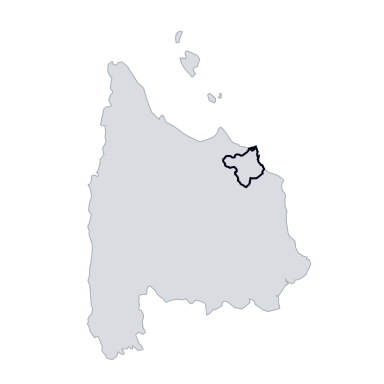 Murcia highlighted on a map of Spain, rotated 266°
{"feature_id": "ESP-5836", "entity_name": "Murcia", "entity_type": "Autonomous Community", "adm_level": 1, "iso_a3": "ESP", "parent_name": "Spain", "parent_adm1": "", "projection": "robinson", "projection_center": [-1.387, 38.068], "detail": "fine", "context": "in_parent", "style": "outline", "palette": "ink", "viewbox_px": 384, "rotation_deg": 266, "n_neighbors": 0, "source": "natural_earth", "source_scale": "10m", "svg_char_len": 6897}
<svg xmlns="http://www.w3.org/2000/svg" viewBox="0 0 384 384"><g transform="rotate(266 192 192)"><path d="M206.6,88.9L206.7,90.0L208.5,91.9L214.2,93.0L215.7,93.8L215.4,96.5L214.0,98.8L215.2,99.8L216.6,99.7L218.3,97.9L218.6,99.1L221.2,100.2L227.0,102.3L231.0,102.6L235.2,106.7L242.0,105.9L248.1,109.9L253.9,109.0L255.2,109.8L264.1,109.9L264.5,106.7L265.6,105.4L281.1,109.9L283.0,112.6L282.7,114.0L283.5,117.3L285.5,117.1L289.6,115.3L294.9,117.6L296.3,119.6L297.4,119.7L301.4,117.7L312.1,120.1L312.5,118.6L313.3,118.1L317.7,116.7L319.6,116.4L325.4,117.4L326.1,119.3L327.2,120.0L327.7,121.6L324.4,122.6L324.1,125.3L326.2,127.6L326.5,131.7L320.8,136.8L304.5,145.6L299.1,150.9L286.8,153.5L274.1,157.4L266.6,164.4L268.5,165.0L270.8,167.4L270.1,168.4L266.8,170.0L263.8,170.5L258.3,179.1L250.6,188.1L247.8,192.1L241.8,202.6L241.8,205.6L244.8,216.1L246.5,218.8L248.9,221.1L253.5,223.1L254.7,225.0L253.1,226.8L248.5,230.1L240.6,234.5L237.2,238.0L236.5,241.4L234.2,242.9L233.3,247.6L230.1,254.1L229.9,255.9L232.4,258.2L230.0,259.7L217.7,260.3L210.1,265.4L206.2,270.0L202.8,278.4L198.6,283.4L196.7,284.3L193.8,282.1L190.2,281.8L186.7,282.5L184.9,284.2L182.0,285.2L179.3,284.4L173.2,283.9L170.5,284.0L166.3,285.4L162.7,284.5L156.7,284.0L143.5,285.1L141.8,285.6L135.9,291.3L129.5,291.5L123.7,293.8L119.8,299.3L119.0,302.3L117.8,301.6L116.9,301.8L116.4,304.1L112.4,305.5L108.0,303.7L104.3,300.9L102.3,300.7L99.2,296.4L97.9,293.7L97.0,290.8L97.0,288.7L94.2,287.5L93.6,284.8L95.7,281.3L98.4,279.4L95.9,279.5L94.0,281.8L91.7,278.2L82.3,271.1L82.9,268.6L81.2,270.5L80.1,271.0L75.2,270.7L69.6,271.5L67.5,259.6L69.0,255.4L75.5,247.2L79.5,246.0L81.1,241.8L77.5,242.0L72.0,233.9L73.6,226.3L79.4,220.7L80.5,218.3L80.7,216.3L79.6,214.8L76.5,213.9L73.4,208.0L72.8,204.2L70.2,202.1L68.1,198.4L70.1,197.9L78.2,197.8L80.2,196.9L81.7,194.4L83.3,190.3L83.7,187.8L80.7,184.3L80.6,183.6L81.0,182.4L86.0,178.4L85.1,175.5L86.1,169.4L85.7,165.8L85.3,162.8L83.7,159.0L84.8,157.4L87.4,156.1L89.5,153.0L92.6,150.4L96.5,148.3L101.1,143.7L100.5,141.7L98.9,140.5L93.4,139.6L93.0,138.7L93.2,133.7L91.8,131.7L89.7,132.0L86.7,131.1L85.9,131.6L82.0,131.5L79.2,130.6L78.0,131.4L77.6,133.1L73.0,134.9L70.4,134.8L66.1,133.3L61.3,133.8L60.7,133.4L56.5,135.5L55.1,135.5L53.5,133.1L55.9,129.5L54.0,126.1L52.7,126.0L45.0,128.5L40.4,131.8L38.6,132.2L38.0,131.6L37.9,127.0L42.8,122.0L39.8,121.7L40.0,120.3L42.0,118.0L40.1,116.3L40.3,111.3L36.0,112.9L35.0,112.7L35.0,110.7L37.7,106.7L35.0,106.3L33.0,104.8L30.6,101.5L30.6,99.8L32.1,95.7L35.8,93.9L39.5,91.1L44.4,91.6L51.8,89.2L54.3,88.0L54.3,86.3L53.5,85.1L54.3,83.9L60.3,80.5L63.9,80.2L67.6,78.5L70.0,79.6L72.1,79.2L74.6,80.5L77.7,83.5L82.4,84.7L86.2,83.7L105.6,83.5L111.1,82.0L115.4,83.8L123.6,84.7L128.5,86.2L142.2,88.7L147.2,88.7L157.2,86.2L159.9,86.9L163.9,85.7L165.8,85.9L168.3,87.6L177.1,90.0L179.4,88.0L181.1,87.6L187.4,88.8L193.8,91.3L197.1,91.4L202.0,90.8L206.6,88.9ZM325.4,194.6L327.7,195.6L330.1,194.7L331.4,195.0L332.7,195.5L333.0,197.4L328.0,206.5L323.8,209.0L319.6,207.1L317.2,206.6L316.5,205.8L315.9,202.9L314.8,202.0L313.1,201.5L309.9,203.8L308.9,202.3L307.4,202.0L306.8,201.1L306.8,199.9L316.6,192.7L319.5,191.2L325.6,189.3L326.5,189.6L325.7,190.7L326.6,191.7L325.4,194.6ZM353.4,190.9L352.5,193.5L345.1,190.1L342.6,189.7L342.0,189.2L342.2,186.6L347.2,186.3L351.2,187.5L353.4,190.9ZM284.7,220.3L283.8,222.1L280.2,221.5L279.3,220.7L280.1,218.7L281.2,218.5L281.2,217.0L282.3,215.5L287.5,214.4L288.7,215.3L289.0,216.8L285.9,219.9L284.7,220.3ZM288.4,227.6L287.8,228.0L283.8,227.6L283.7,226.4L284.5,224.7L286.0,226.4L288.3,226.7L288.4,227.6Z" fill="#d9dde1" stroke="#a8b0b8" stroke-width="1"/><path d="M231.4,251.9L231.6,253.1L231.4,253.4L230.8,252.6L230.2,254.1L229.9,254.4L229.3,254.5L229.1,254.9L229.2,255.5L230.0,256.9L230.3,257.2L231.0,257.7L231.6,257.9L232.1,258.0L232.3,257.6L232.7,257.9L232.9,258.2L232.8,258.6L232.5,258.8L232.3,259.0L232.0,259.2L231.8,259.2L231.6,259.0L231.4,259.2L230.7,259.4L230.3,259.5L229.6,259.8L228.7,259.8L228.4,259.9L228.1,260.1L227.5,260.4L227.3,260.3L226.3,259.8L225.5,259.7L223.9,259.7L223.5,259.7L223.1,259.8L222.9,260.1L222.7,260.4L222.8,260.6L223.1,261.1L222.3,261.0L221.6,260.8L221.4,260.5L221.3,260.2L220.8,260.1L220.1,259.8L219.7,259.8L219.4,260.1L219.3,260.4L218.6,260.4L217.8,260.3L217.1,260.6L216.7,260.9L215.6,261.9L215.2,262.1L214.7,262.2L214.6,262.3L214.4,262.4L214.2,262.6L214.1,262.9L213.8,263.9L213.8,264.1L213.6,264.2L213.4,264.2L213.1,264.1L212.9,264.2L212.4,264.6L212.2,264.7L211.8,264.7L210.6,265.3L210.0,265.6L207.8,263.9L207.6,263.8L206.4,263.5L206.2,263.6L206.1,263.8L205.9,263.9L205.7,263.8L205.5,263.7L205.3,263.4L201.6,258.0L201.4,257.7L201.2,257.3L201.2,256.8L201.2,256.5L201.2,256.1L201.3,255.9L201.4,255.5L201.5,255.2L201.4,255.0L201.3,254.7L201.3,253.6L201.3,253.4L201.5,253.0L201.5,252.8L201.5,252.3L201.5,252.0L201.7,251.8L201.9,251.5L201.9,251.3L201.8,251.2L199.5,250.9L198.6,250.4L198.3,250.3L197.2,250.4L196.3,249.8L195.7,249.5L195.0,248.7L194.5,248.0L194.2,247.4L194.0,247.2L193.1,246.6L193.5,245.5L193.6,245.3L194.5,244.3L195.3,243.4L196.0,242.0L196.2,241.6L196.9,240.9L197.2,240.8L197.5,240.7L198.0,240.6L198.3,240.4L199.3,239.5L199.9,238.8L200.3,238.6L200.6,238.5L200.8,238.6L201.0,238.7L201.4,239.1L201.5,239.1L202.4,238.9L203.2,238.8L203.5,238.7L204.1,238.3L205.1,237.7L206.3,236.9L206.4,236.6L206.6,236.6L206.9,236.5L207.0,236.3L207.2,236.2L207.4,236.2L207.6,236.2L207.8,236.2L208.0,236.4L208.6,236.4L208.9,236.5L209.0,236.6L209.1,236.8L209.1,237.0L209.0,237.3L209.0,237.5L209.3,237.9L209.4,238.0L209.7,238.1L210.0,238.2L210.4,238.2L211.9,237.8L213.6,236.4L213.9,236.1L214.0,235.9L214.0,235.7L214.0,235.2L213.9,234.5L213.9,234.0L213.8,233.1L213.7,232.6L213.6,232.2L213.5,231.8L213.4,231.6L213.5,231.4L213.9,230.8L214.1,230.6L214.4,230.4L214.5,230.2L214.6,229.6L214.6,229.3L214.7,228.9L215.1,228.1L215.9,227.2L216.3,226.8L216.6,226.7L216.8,226.7L216.9,226.9L217.1,227.0L217.5,227.1L218.9,226.4L219.5,225.8L219.7,225.6L220.0,225.5L221.4,225.2L221.6,225.2L222.5,225.5L222.8,225.7L222.9,225.9L222.9,226.1L223.0,226.3L223.0,226.5L223.7,227.1L225.1,228.1L225.5,230.0L225.5,230.7L225.2,231.5L225.2,232.0L225.2,232.7L225.1,232.9L225.0,233.1L224.9,233.3L223.9,234.1L223.8,234.3L223.6,234.7L223.6,235.1L223.6,236.3L223.6,236.8L223.8,237.1L224.0,237.1L224.4,237.2L225.3,237.5L225.6,237.7L225.7,237.8L226.0,238.2L226.4,239.4L226.4,239.7L226.3,240.2L226.2,240.5L226.0,241.4L226.0,241.6L225.8,242.0L225.1,243.1L224.9,243.4L224.8,243.9L224.9,244.5L225.0,245.0L225.1,245.3L225.3,245.5L225.5,245.7L225.5,245.8L226.1,246.6L226.4,247.3L226.5,247.4L226.7,247.8L226.9,248.0L227.2,248.5L227.5,249.1L227.7,249.3L228.3,250.1L228.5,250.2L229.6,251.3L230.2,251.5L230.4,251.6L230.6,251.8L230.8,252.0L231.0,252.0L231.4,251.9L231.4,251.9ZM232.1,254.8L231.9,255.4L232.0,256.1L232.3,257.2L231.8,256.7L231.7,255.8L231.7,254.8L231.6,254.0L231.8,254.0L231.9,254.3L232.0,254.6L232.1,254.8Z" fill="none" stroke="#020617" stroke-width="2"/></g></svg>